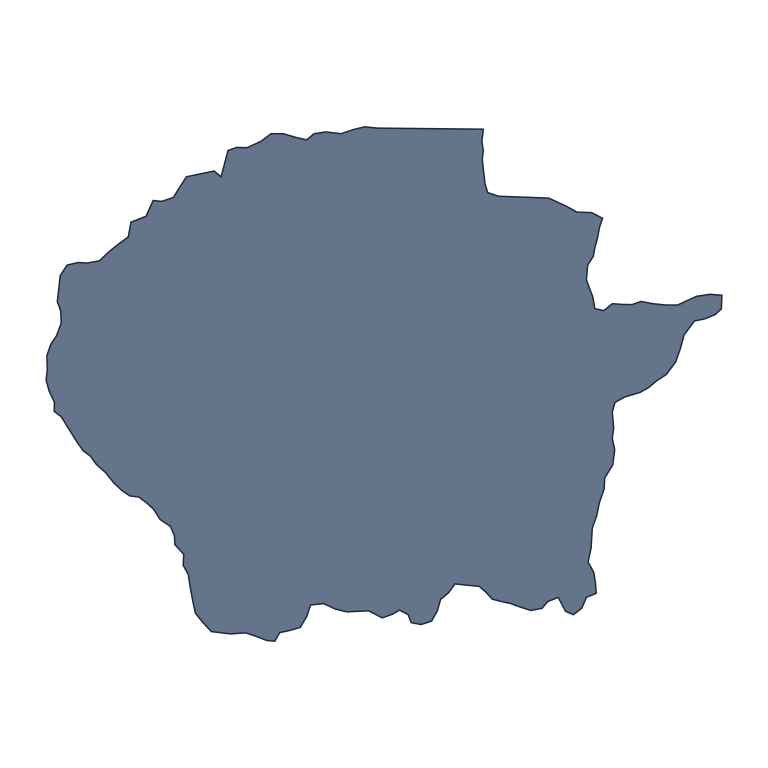 Alto Alegre, São Paulo, Brazil (Albers equal-area conic projection)
{"feature_id": "56859067B22861032704344", "entity_name": "Alto Alegre", "entity_type": "district", "adm_level": 2, "iso_a3": "BRA", "parent_name": "Brazil", "parent_adm1": "São Paulo", "projection": "albers", "projection_center": [-50.184, -21.614], "detail": "fine", "context": "isolated", "style": "filled", "palette": "slate", "viewbox_px": 768, "rotation_deg": 0, "n_neighbors": 0, "source": "geoboundaries", "source_scale": "gbopen_adm2", "svg_char_len": 2161}
<svg xmlns="http://www.w3.org/2000/svg" viewBox="0 0 768 768"><path d="M721.9,295.2L709.8,294.3L696.6,296.3L677.6,305.0L665.8,305.0L652.8,303.7L641.1,301.4L632.0,304.6L621.5,304.4L612.4,303.7L603.8,310.6L594.8,308.6L593.0,297.5L586.4,279.7L587.7,265.0L593.3,256.4L594.8,248.1L597.4,238.3L599.6,227.0L602.6,218.3L591.6,212.6L576.9,212.1L566.1,206.1L548.7,198.1L498.3,196.2L487.7,192.6L485.0,183.7L483.6,171.2L482.3,159.5L483.3,150.4L481.9,141.7L483.3,129.2L377.0,128.1L364.8,126.8L353.6,129.5L340.9,133.7L325.7,131.9L314.1,133.7L306.6,139.9L294.4,137.0L283.3,133.7L271.1,133.7L261.1,141.2L247.1,147.7L236.8,147.4L228.0,150.5L221.1,176.8L214.1,171.0L202.1,173.5L186.4,176.8L179.5,187.6L173.4,197.4L161.7,201.4L153.1,200.5L146.0,216.3L131.0,222.1L128.3,236.8L119.2,243.6L110.0,250.8L99.4,260.8L87.2,263.0L78.1,262.5L67.1,265.1L60.2,275.6L59.0,286.9L57.3,301.4L60.7,311.2L61.2,323.2L56.5,335.8L50.8,344.3L46.9,355.6L47.3,369.9L46.1,380.1L49.1,391.0L54.4,402.1L54.2,411.4L61.1,416.6L68.6,428.6L77.7,443.2L83.5,451.0L90.4,456.1L96.5,464.6L105.6,472.6L113.7,482.8L122.0,490.6L129.8,495.9L138.9,497.1L147.2,503.3L153.6,509.3L160.2,519.6L170.5,526.5L174.4,535.5L174.9,544.7L183.7,554.2L183.2,565.3L188.3,574.5L190.1,586.7L193.2,603.1L195.4,613.2L202.7,622.3L211.4,631.6L230.4,633.9L245.6,632.9L256.0,636.3L266.8,640.5L274.8,641.2L279.8,632.5L287.6,631.0L300.3,627.4L306.7,616.5L310.6,605.0L323.6,603.6L335.2,609.0L346.7,611.9L356.2,611.4L368.7,610.8L382.2,617.9L392.2,614.3L399.6,610.1L408.2,614.7L411.2,622.7L421.2,624.5L431.5,621.2L437.3,611.0L440.6,599.4L448.6,592.7L455.0,583.9L466.6,585.2L479.1,586.3L485.7,591.9L492.3,599.2L502.6,601.8L510.9,603.6L519.2,606.7L530.8,610.5L542.1,608.3L547.7,601.6L558.2,597.4L565.6,611.4L573.4,614.7L581.7,608.3L586.4,597.4L596.2,593.3L595.5,583.1L593.7,572.2L588.1,562.0L591.1,548.0L592.3,528.0L596.7,515.8L599.3,502.9L604.2,488.9L604.7,478.0L612.8,464.9L614.7,449.7L612.3,438.4L613.7,428.2L612.3,412.2L615.0,402.4L624.7,397.0L640.2,392.3L649.2,387.2L656.3,381.0L666.3,374.5L675.7,361.9L680.6,347.9L684.0,335.0L694.5,321.0L705.3,318.7L715.3,314.5L721.4,308.9L721.9,295.2Z" fill="#64748b" stroke="#1e293b" stroke-width="1.5"/></svg>